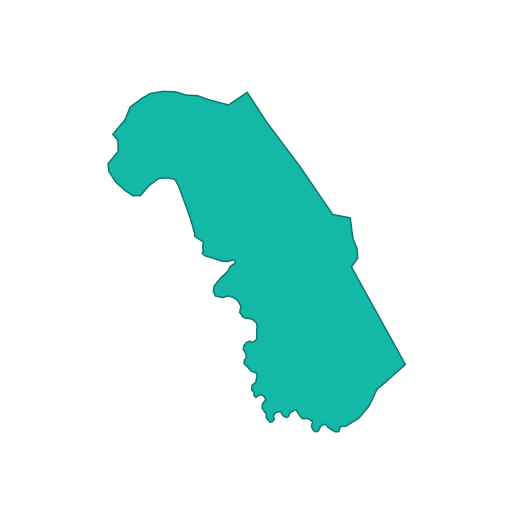 outline of Ethiope West, Delta, Nigeria, rotated 25°
{"feature_id": "59680162B36658267128816", "entity_name": "Ethiope West", "entity_type": "district", "adm_level": 2, "iso_a3": "NGA", "parent_name": "Nigeria", "parent_adm1": "Delta", "projection": "orthographic", "projection_center": [5.764, 5.912], "detail": "fine", "context": "isolated", "style": "filled", "palette": "teal", "viewbox_px": 512, "rotation_deg": 25, "n_neighbors": 0, "source": "geoboundaries", "source_scale": "gbopen_adm2", "svg_char_len": 2019}
<svg xmlns="http://www.w3.org/2000/svg" viewBox="0 0 512 512"><g transform="rotate(25 256 256)"><path d="M409.4,372.2L413.0,366.8L417.8,359.4L421.9,344.0L422.0,325.6L426.1,317.0L437.2,291.2L347.1,225.6L349.1,214.9L344.2,206.4L336.5,199.3L325.3,181.6L307.9,186.0L297.7,179.9L276.3,167.2L268.9,162.8L257.0,155.8L209.6,130.5L184.1,114.6L178.9,111.4L177.5,113.7L167.2,130.8L146.3,134.5L135.2,135.4L124.8,139.7L113.6,141.2L101.8,146.3L91.4,153.5L85.9,161.4L79.0,174.3L79.7,187.9L77.0,197.9L74.8,206.3L82.0,209.6L86.9,219.5L82.9,234.9L87.1,241.6L97.5,248.2L109.9,252.0L118.9,253.4L125.7,250.1L129.2,237.5L135.0,226.9L143.2,222.4L150.0,220.8L156.1,225.2L163.8,232.8L174.2,243.1L181.9,251.2L183.7,253.2L190.9,261.4L192.1,264.0L202.4,265.6L203.4,269.2L205.8,273.4L206.3,276.3L209.5,277.4L219.0,276.0L227.2,275.1L232.3,273.2L236.9,269.2L239.3,269.4L240.2,271.3L237.3,275.8L236.6,283.0L233.8,289.3L232.1,295.4L230.8,301.0L232.2,305.9L236.3,309.4L243.0,307.9L247.9,303.9L252.8,303.1L257.9,303.9L261.9,306.6L263.6,308.0L265.0,313.9L269.7,316.7L272.9,316.8L277.5,315.2L280.8,315.2L284.7,316.4L286.6,318.9L288.5,324.1L291.8,330.7L291.0,333.3L289.1,335.9L286.1,335.9L284.0,338.1L282.9,342.2L283.9,346.1L287.3,348.1L290.0,351.6L289.5,355.4L290.6,358.5L294.9,360.0L300.6,362.5L305.1,361.7L307.8,364.1L308.2,367.3L309.2,370.3L308.2,372.4L307.1,374.9L308.5,379.2L311.5,380.2L313.1,383.1L315.6,384.3L317.8,380.4L321.6,379.2L325.8,382.2L324.7,385.1L324.5,387.8L325.9,391.3L329.4,393.4L332.3,394.9L333.2,397.6L335.7,399.4L339.2,400.6L341.0,399.1L341.7,396.2L339.8,394.6L339.4,390.6L341.9,387.9L344.2,386.8L348.3,389.5L351.7,389.6L353.3,387.7L353.1,383.7L355.8,379.6L357.5,378.4L361.3,381.1L363.8,382.5L366.7,383.9L371.5,381.4L374.1,381.6L377.3,382.3L377.9,385.8L379.0,387.8L382.0,389.9L384.2,390.0L385.5,389.5L386.4,388.4L386.6,385.4L386.4,384.3L386.7,382.6L389.2,379.6L390.1,379.1L394.2,381.0L398.6,381.6L402.3,381.8L405.2,380.2L405.0,378.1L404.5,375.6L405.7,374.2L409.4,372.2Z" fill="#14b8a6" stroke="#0f766e" stroke-width="1.5"/></g></svg>